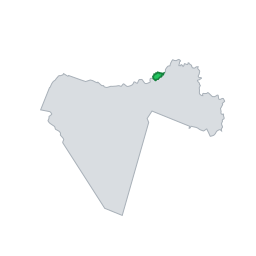 Yorosso, Sikasso, Mali (highlighted), rotated 202°
{"feature_id": "8926073B52464298998123", "entity_name": "Yorosso", "entity_type": "district", "adm_level": 2, "iso_a3": "MLI", "parent_name": "Mali", "parent_adm1": "Sikasso", "projection": "mercator", "projection_center": [-4.768, 12.344], "detail": "fine", "context": "in_parent", "style": "filled", "palette": "green", "viewbox_px": 256, "rotation_deg": 202, "n_neighbors": 0, "source": "geoboundaries", "source_scale": "gbopen_adm2", "svg_char_len": 5095}
<svg xmlns="http://www.w3.org/2000/svg" viewBox="0 0 256 256"><g transform="rotate(202 128 128)"><path d="M49.6,186.6L49.7,185.8L49.0,185.2L49.3,182.6L49.3,182.0L49.6,180.8L49.1,180.2L49.0,179.8L47.9,178.3L47.6,177.0L47.0,176.1L45.7,175.8L45.2,176.6L44.9,176.7L44.4,176.2L44.2,175.7L44.2,175.3L42.5,173.2L42.6,172.1L43.3,171.5L43.5,170.6L42.9,169.5L43.0,168.4L42.9,166.9L41.9,165.6L41.2,165.1L40.7,164.2L41.1,162.1L40.1,160.3L42.0,161.0L42.9,160.4L43.7,159.5L44.5,158.3L44.8,156.8L44.9,155.5L45.7,153.5L46.6,152.6L48.4,151.2L48.9,151.3L51.9,154.2L53.7,155.7L54.3,156.5L54.9,156.5L55.7,155.1L56.6,153.8L57.0,153.5L60.0,153.4L61.6,153.6L63.0,154.0L65.0,154.1L70.3,153.2L70.3,152.6L70.3,151.9L70.5,151.3L70.9,150.8L71.3,150.7L71.5,152.4L71.9,152.7L73.2,152.7L112.1,152.7L113.8,144.0L110.9,140.9L100.6,44.8L119.5,44.8L122.7,47.1L183.0,89.9L183.3,91.2L183.2,93.1L183.7,93.7L184.5,94.3L188.0,96.1L188.2,96.4L188.3,97.2L188.8,98.1L189.5,98.6L190.3,99.0L191.3,99.3L194.4,99.6L195.1,100.0L196.4,101.7L197.1,102.0L201.3,102.9L202.7,103.3L204.1,104.1L204.9,104.8L204.9,107.4L205.5,109.0L205.4,109.5L204.8,110.2L204.6,110.7L203.9,112.0L204.0,112.5L205.5,113.5L206.2,113.8L207.0,113.8L215.8,112.1L215.9,136.1L215.5,136.5L215.3,140.7L214.7,143.2L213.5,145.0L212.8,147.8L212.4,148.3L212.1,149.9L211.4,150.8L210.3,151.1L208.3,152.9L208.1,154.3L203.4,153.5L203.1,153.5L202.9,153.7L202.8,154.4L190.6,154.9L184.7,155.2L180.9,158.4L178.5,158.7L175.4,158.4L173.9,158.4L173.2,158.6L173.1,159.2L168.3,157.5L166.5,158.1L166.2,157.9L166.0,157.5L165.1,157.3L163.7,157.4L162.7,157.7L159.6,160.2L158.0,160.8L154.9,162.3L152.8,163.6L152.0,163.9L150.8,163.9L149.8,164.2L148.9,167.1L148.3,167.3L144.7,166.2L143.9,166.4L143.3,166.7L141.2,168.4L140.2,169.7L139.7,171.5L139.8,172.7L139.4,173.1L138.5,173.2L136.8,172.8L136.2,172.9L136.0,173.8L136.0,175.8L135.7,177.1L134.7,177.5L133.9,178.0L133.3,178.1L132.8,178.0L129.8,176.1L128.8,175.7L127.7,176.0L126.6,176.8L124.7,178.8L124.9,179.6L125.5,180.4L125.8,181.5L125.8,182.4L123.1,183.7L123.8,184.7L123.7,187.4L122.4,188.6L122.0,189.4L120.8,190.2L119.8,190.7L116.5,191.4L115.2,192.2L114.5,192.9L114.4,193.6L114.5,194.5L115.2,196.2L114.9,197.8L114.4,199.7L113.9,200.5L112.4,201.4L112.6,202.7L112.7,204.4L112.5,206.6L112.0,208.1L111.7,208.0L110.2,208.0L108.6,208.5L108.1,208.9L107.9,209.4L106.6,210.6L105.7,210.5L104.9,210.2L104.4,209.9L104.4,209.7L104.9,208.7L104.9,208.4L104.4,206.7L104.5,206.3L104.3,205.0L104.2,204.9L102.4,205.5L102.6,206.5L102.4,206.7L101.8,206.7L101.0,206.4L100.0,205.6L99.8,205.9L99.7,206.5L99.6,207.2L99.8,208.5L99.6,208.9L98.1,208.9L96.8,209.0L96.5,209.5L96.4,210.0L96.7,210.6L96.7,210.8L96.1,211.2L95.9,211.2L95.2,210.5L92.5,209.9L92.2,209.0L91.9,209.0L91.0,208.0L90.6,208.0L90.3,208.2L89.3,208.1L88.3,209.0L87.7,210.2L86.9,210.7L85.8,211.0L85.9,210.2L85.6,209.2L83.2,208.0L82.8,207.5L82.2,204.6L82.3,203.8L82.4,203.0L82.3,202.4L82.1,202.0L81.4,201.6L80.6,201.4L79.7,201.9L79.2,202.0L78.8,202.0L78.6,201.8L78.6,201.5L79.6,200.0L80.1,199.3L81.1,198.6L81.4,198.2L81.4,197.9L81.3,197.7L80.7,197.4L79.6,196.7L79.1,196.6L78.6,196.3L78.1,195.2L77.9,195.0L77.4,194.9L76.9,194.6L77.0,191.9L75.9,189.9L75.0,187.3L74.6,186.7L73.8,186.1L72.7,185.8L71.8,185.7L70.8,186.0L71.4,187.1L71.5,187.5L71.4,188.0L71.2,188.3L69.9,188.6L68.0,189.5L67.4,190.6L67.0,190.7L66.3,190.6L61.5,188.7L59.4,189.5L58.1,191.1L57.8,191.7L57.2,192.1L56.8,192.1L56.5,191.8L55.1,189.4L54.5,188.8L53.7,188.8L53.0,189.2L52.4,190.0L51.5,190.8L51.0,191.0L50.5,190.9L48.5,189.2L48.4,188.9L49.3,186.9L49.6,186.6Z" fill="#d9dde1" stroke="#a8b0b8" stroke-width="1"/><path d="M118.2,184.6L118.2,185.1L117.7,186.5L117.7,186.8L117.4,187.1L117.0,187.5L116.4,187.8L116.4,188.1L116.2,188.3L116.1,188.5L116.4,188.7L116.5,189.0L116.8,189.4L116.5,189.7L115.8,190.1L115.5,190.2L115.2,190.7L115.4,192.2L115.4,192.3L115.5,192.2L115.8,192.0L115.8,191.9L116.0,191.8L116.0,191.7L116.3,191.6L116.5,191.5L116.6,191.4L116.8,191.3L117.0,191.3L117.3,191.3L117.5,191.2L117.7,191.3L117.8,191.2L118.0,191.1L118.3,191.1L118.5,191.1L118.8,191.1L119.0,191.1L119.2,190.9L119.3,190.9L119.3,191.0L119.3,190.9L119.4,191.0L119.5,191.0L119.8,191.0L120.0,191.0L120.3,191.0L120.5,191.0L120.6,190.9L120.6,190.7L120.6,190.8L120.6,190.7L120.8,190.5L120.8,190.4L121.0,190.4L121.3,190.4L121.5,190.5L121.5,190.3L121.6,189.9L121.7,189.7L121.8,189.6L122.1,189.6L122.3,189.6L122.5,189.5L122.4,189.4L122.2,189.2L122.1,188.9L122.3,188.7L122.5,188.6L122.7,188.3L122.8,188.3L122.9,188.2L123.2,188.0L123.2,187.8L123.2,187.6L123.4,187.5L123.5,187.4L123.6,187.5L123.8,187.7L123.8,187.8L124.0,187.7L123.9,187.4L123.8,187.2L123.6,186.8L123.6,186.7L123.6,186.3L123.7,186.1L123.7,185.9L123.8,185.7L124.0,185.6L124.2,185.4L124.3,185.3L124.3,185.2L124.2,185.1L124.0,184.9L123.9,184.5L123.8,184.4L123.7,184.3L123.4,184.3L123.3,184.2L123.2,184.0L123.1,183.9L123.1,183.7L123.2,183.4L123.1,183.2L122.5,183.1L122.1,183.0L121.9,183.1L121.6,183.2L121.4,183.1L121.2,182.9L121.1,182.7L120.9,182.4L120.7,182.4L120.4,182.4L120.4,182.5L120.2,182.6L119.9,182.7L120.0,183.2L119.9,183.7L119.2,184.1L118.2,184.6Z" fill="#22c55e" stroke="#15803d" stroke-width="1.5"/></g></svg>